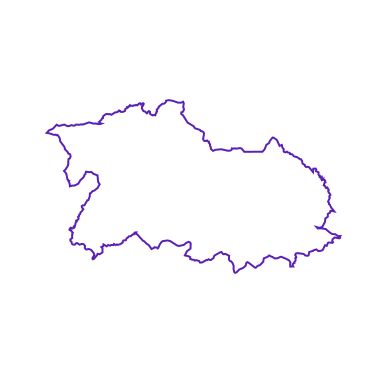 the district of Axutla, Puebla, Mexico, rotated 282°
{"feature_id": "50627088B68162704066779", "entity_name": "Axutla", "entity_type": "district", "adm_level": 2, "iso_a3": "MEX", "parent_name": "Mexico", "parent_adm1": "Puebla", "projection": "robinson", "projection_center": [-98.393, 18.185], "detail": "fine", "context": "isolated", "style": "outline", "palette": "violet", "viewbox_px": 384, "rotation_deg": 282, "n_neighbors": 0, "source": "geoboundaries", "source_scale": "gbopen_adm2", "svg_char_len": 6027}
<svg xmlns="http://www.w3.org/2000/svg" viewBox="0 0 384 384"><g transform="rotate(282 192 192)"><path d="M256.7,270.1L255.3,268.1L260.6,264.1L262.1,260.5L262.0,259.5L258.1,257.5L255.7,257.1L253.7,255.0L248.7,254.1L246.0,252.5L242.2,234.7L244.7,231.7L245.0,230.0L243.5,226.0L243.7,225.0L243.0,223.5L243.0,222.0L241.4,221.9L240.5,220.9L239.8,218.6L239.9,211.8L238.2,206.3L236.6,204.0L238.1,201.5L239.9,201.0L241.0,200.0L242.4,199.8L243.5,198.4L244.8,198.1L244.8,196.6L245.5,196.1L244.4,194.0L245.0,192.5L246.5,191.8L251.5,191.7L252.8,190.9L253.4,189.6L253.5,187.7L254.4,186.9L254.9,182.1L255.3,181.1L256.6,180.1L259.0,173.2L265.2,167.2L266.2,165.2L267.7,165.0L268.4,166.3L270.5,167.0L272.1,166.6L273.1,165.8L277.0,165.5L278.4,164.6L277.1,162.8L276.5,159.8L277.2,154.3L277.0,150.1L275.9,147.6L274.5,147.7L273.6,147.2L272.6,146.3L272.1,144.7L268.5,141.7L267.3,141.8L265.2,140.4L263.6,141.0L263.3,140.6L262.1,140.8L261.5,140.3L259.4,140.1L259.4,138.5L258.8,137.8L259.4,135.2L260.4,134.5L261.7,134.2L262.2,133.0L261.0,132.1L259.9,132.0L259.5,131.4L260.9,129.5L261.0,127.7L263.1,125.8L264.6,125.4L265.7,125.3L266.1,126.1L268.2,126.5L268.7,125.7L267.1,123.5L268.0,122.7L267.4,121.7L265.4,120.5L265.6,119.1L265.1,118.7L264.4,116.5L263.9,116.3L263.7,114.2L264.0,113.3L262.9,113.2L262.7,112.2L262.0,112.1L261.6,111.0L261.1,111.5L259.2,109.5L257.4,109.6L256.1,108.0L255.6,105.7L256.4,104.7L256.6,103.6L256.4,103.4L255.7,103.7L254.0,101.1L253.9,100.2L250.8,97.2L251.2,95.2L250.6,94.2L250.7,92.6L250.1,91.4L248.0,89.6L247.0,89.2L245.8,89.6L245.0,88.6L243.7,88.3L241.2,86.5L241.0,87.3L240.1,87.9L240.1,89.2L239.6,88.4L239.0,86.7L238.9,82.8L238.4,81.8L238.7,76.9L235.3,71.2L234.9,68.8L234.3,67.9L233.9,64.6L232.6,63.5L232.2,62.0L232.4,60.3L231.0,58.2L230.5,56.6L231.4,53.0L228.9,48.1L229.7,45.6L225.1,42.9L222.4,39.2L219.6,37.6L219.7,40.3L219.2,45.0L219.7,46.8L219.3,47.5L219.8,48.3L219.4,49.3L217.2,51.3L214.1,52.6L209.9,57.5L208.5,58.5L207.6,58.6L204.9,62.5L203.9,62.9L203.6,64.9L201.6,65.9L199.4,65.5L198.7,64.4L195.3,64.7L194.3,65.2L191.8,65.1L187.7,63.6L186.0,62.4L184.0,65.1L178.4,67.6L178.2,68.3L177.5,68.5L177.3,69.4L176.7,69.1L174.8,70.6L172.2,71.4L173.4,73.6L173.8,75.6L176.4,79.0L180.5,80.4L183.3,82.5L185.3,83.3L185.9,83.1L187.8,84.0L189.8,84.1L190.1,87.7L190.7,89.5L189.3,91.6L188.6,96.1L182.3,98.1L180.4,100.1L176.3,98.8L173.2,96.3L171.9,94.3L169.9,93.3L169.4,92.4L166.6,92.9L162.9,92.4L162.4,92.2L162.1,91.3L157.0,89.7L156.4,89.2L156.2,88.0L155.3,87.1L154.1,87.5L152.8,89.1L152.5,88.7L151.0,88.7L148.5,87.1L147.3,87.2L146.0,86.3L144.9,86.5L143.9,85.7L142.7,86.6L141.5,86.4L140.0,84.7L139.2,85.4L138.2,84.6L135.1,84.6L133.9,83.6L133.4,84.5L132.4,84.1L132.3,83.4L131.4,82.7L131.1,81.8L131.8,81.3L131.8,80.7L129.9,79.9L129.4,80.1L129.0,81.8L127.5,83.8L127.0,83.4L125.9,83.9L125.2,83.6L122.0,84.4L120.4,82.9L119.8,82.9L119.1,83.2L118.2,84.5L116.4,85.3L115.9,86.2L116.0,87.6L116.3,88.5L117.9,89.4L118.2,90.2L117.1,93.0L118.2,94.8L118.5,96.2L118.2,97.2L117.0,98.6L115.1,98.7L114.0,99.8L113.8,100.8L114.8,102.7L114.4,105.4L112.0,108.4L110.2,109.6L107.1,108.5L106.1,108.5L105.6,109.0L106.1,109.9L110.3,112.2L111.9,112.5L111.9,114.6L114.3,117.0L118.5,116.1L119.3,114.8L120.6,116.4L122.3,116.3L121.1,119.9L122.7,120.9L122.5,123.1L123.4,123.9L123.7,126.1L124.9,126.4L124.2,128.5L125.1,129.4L124.9,130.6L126.2,132.8L128.1,134.7L129.5,134.6L130.4,135.1L131.0,137.3L133.0,137.6L134.3,138.9L135.4,139.3L136.1,141.4L138.2,142.8L138.4,143.9L140.1,144.2L140.7,144.9L140.9,145.9L139.5,145.3L139.3,147.0L134.2,154.1L133.8,155.6L131.8,158.6L131.2,160.6L127.8,164.3L129.4,166.4L130.1,166.7L130.3,169.3L129.7,170.1L130.0,170.5L134.7,171.6L137.3,172.9L137.9,173.7L139.5,178.1L139.5,180.8L136.6,188.4L136.5,190.5L138.5,194.9L141.2,197.1L142.6,199.2L142.1,200.7L141.4,201.4L136.3,202.3L133.0,199.4L128.5,198.2L128.4,202.2L127.9,203.8L126.0,204.3L126.1,205.3L125.8,206.0L126.1,207.9L125.5,208.9L126.2,210.4L126.0,213.3L124.6,214.6L125.3,216.7L128.4,220.1L128.4,220.8L129.7,222.3L129.2,223.7L129.4,224.5L131.8,226.8L133.9,226.9L135.1,227.8L139.1,232.4L139.4,233.3L137.8,235.2L137.7,235.8L138.4,237.6L137.3,241.6L133.7,242.1L132.5,243.3L132.4,244.4L131.2,246.2L128.5,248.1L125.5,248.6L122.8,249.8L122.0,250.5L122.0,251.2L122.6,252.2L126.1,254.4L128.3,257.7L131.0,259.8L133.9,259.9L134.9,260.7L134.5,262.3L131.1,269.3L131.2,270.1L133.3,271.5L134.7,273.7L138.6,276.2L142.0,276.0L144.3,279.4L145.9,280.6L146.0,281.2L145.3,282.5L145.3,283.9L144.2,286.8L145.1,289.6L146.9,291.9L147.2,292.8L146.2,297.9L145.3,301.2L143.4,303.0L142.5,302.9L139.5,303.6L140.2,306.5L141.1,305.7L142.7,305.7L143.8,306.9L144.3,306.5L146.2,307.5L148.0,307.3L148.7,306.8L149.9,307.6L151.9,306.0L153.4,306.4L154.2,308.2L154.6,313.7L154.3,314.8L153.5,315.8L153.6,318.4L154.5,319.2L157.7,319.2L159.7,322.8L160.3,323.0L161.7,325.7L160.5,327.8L161.2,330.1L162.4,331.9L167.6,333.2L167.4,335.0L170.4,335.5L171.0,336.1L171.5,340.0L172.2,340.4L173.4,339.3L175.1,339.4L177.2,341.0L177.3,345.7L177.9,346.4L178.9,345.9L179.7,346.2L179.2,344.0L180.5,340.9L180.0,338.1L180.8,335.6L183.6,330.4L183.3,325.9L182.5,322.6L183.6,321.1L183.4,323.9L184.9,326.7L190.5,328.3L193.7,327.9L196.1,330.0L198.8,329.4L200.6,331.4L202.0,331.2L202.5,331.7L202.6,335.2L205.7,331.4L208.1,329.6L208.6,328.5L209.7,328.4L210.8,327.1L215.0,328.0L215.8,327.2L216.8,327.3L217.8,328.0L219.1,327.1L219.8,325.9L221.2,325.0L222.3,325.4L224.5,323.4L223.7,322.6L224.1,321.8L225.5,321.0L225.9,319.5L229.2,319.8L229.3,320.5L230.6,319.9L231.5,319.0L230.9,317.2L231.6,317.3L230.7,316.5L231.3,316.0L231.8,316.5L234.0,315.7L233.7,315.0L232.8,314.6L233.0,313.9L234.6,313.6L234.6,312.7L235.8,312.0L237.6,311.7L238.1,309.0L239.8,308.9L240.6,308.2L240.0,305.8L236.6,306.3L240.5,301.4L240.8,300.7L240.2,298.2L241.2,296.8L242.0,296.7L242.7,294.3L245.5,293.0L246.7,291.7L246.5,290.9L247.9,287.7L248.1,285.2L248.4,284.9L248.0,285.1L248.0,284.4L249.7,282.2L249.5,280.1L250.0,280.1L250.6,279.3L250.6,277.4L251.2,276.5L250.2,275.1L250.4,273.6L251.2,273.0L252.9,272.9L254.2,271.2L256.7,270.1Z" fill="none" stroke="#5b21b6" stroke-width="2"/></g></svg>